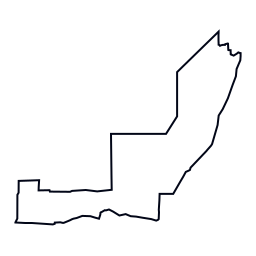 S.A. Nyyazow, Tashauz, Turkmenistan
{"feature_id": "10190150B78263811448824", "entity_name": "S.A. Nyyazow", "entity_type": "district", "adm_level": 2, "iso_a3": "TKM", "parent_name": "Turkmenistan", "parent_adm1": "Tashauz", "projection": "natural_earth1", "projection_center": [58.86, 40.837], "detail": "fine", "context": "isolated", "style": "outline", "palette": "ink", "viewbox_px": 256, "rotation_deg": 0, "n_neighbors": 0, "source": "geoboundaries", "source_scale": "gbopen_adm2", "svg_char_len": 1661}
<svg xmlns="http://www.w3.org/2000/svg" viewBox="0 0 256 256"><path d="M15.4,222.5L25.2,223.0L31.9,223.0L52.7,224.4L52.9,224.4L54.7,223.8L54.8,222.6L60.3,222.3L62.8,222.9L63.6,222.9L68.5,220.9L70.8,219.9L71.5,219.4L71.9,219.3L73.4,218.7L76.7,218.0L82.3,215.9L90.4,216.2L95.3,217.7L99.0,218.7L100.0,215.6L100.3,214.6L100.5,212.7L100.8,212.5L100.9,212.3L101.7,212.0L104.8,210.2L105.9,210.4L109.0,209.5L113.1,211.6L119.4,215.5L125.7,214.1L127.3,214.8L130.7,216.2L136.1,216.6L142.4,217.7L151.3,219.1L156.2,220.6L157.9,219.9L158.7,219.1L159.0,212.2L158.8,209.8L159.4,200.4L159.6,193.9L159.9,193.9L160.4,193.9L173.2,193.9L180.3,181.6L183.2,176.7L185.8,171.9L188.3,170.8L189.9,170.0L190.6,167.6L206.6,150.8L207.3,149.9L211.1,145.6L212.1,144.0L217.6,125.0L218.7,115.5L222.7,109.2L227.9,98.3L232.6,85.0L235.9,76.3L236.6,69.0L240.3,60.3L240.6,56.1L240.6,53.1L239.4,52.9L239.2,52.7L238.3,52.4L237.5,53.1L236.6,53.8L234.3,55.2L233.7,55.6L231.2,54.6L230.9,54.5L230.8,54.4L230.9,54.1L230.7,54.0L230.6,50.2L228.5,50.1L228.3,50.0L228.0,43.6L227.8,43.5L225.2,44.2L225.0,44.9L222.7,44.9L220.6,45.4L220.0,45.8L219.2,44.9L218.6,44.7L218.6,44.3L218.6,43.2L218.5,40.6L218.5,37.4L218.5,34.5L218.6,33.0L218.6,32.4L218.5,32.2L218.4,32.2L218.6,32.1L218.6,31.6L217.5,32.7L182.8,66.5L177.1,72.1L177.1,72.3L177.1,84.0L177.1,106.4L177.1,116.4L166.0,133.9L165.8,133.9L126.3,133.9L111.4,133.9L111.0,133.9L111.5,177.2L111.7,189.8L97.2,191.4L85.8,190.0L85.7,190.0L72.0,190.9L71.6,191.1L70.1,191.8L49.9,191.6L49.5,190.2L38.6,190.4L38.7,187.2L39.1,180.2L30.8,180.5L18.7,180.9L18.6,192.7L18.5,192.9L17.4,194.8L17.3,218.6L15.4,222.4L15.4,222.5Z" fill="none" stroke="#020617" stroke-width="2"/></svg>